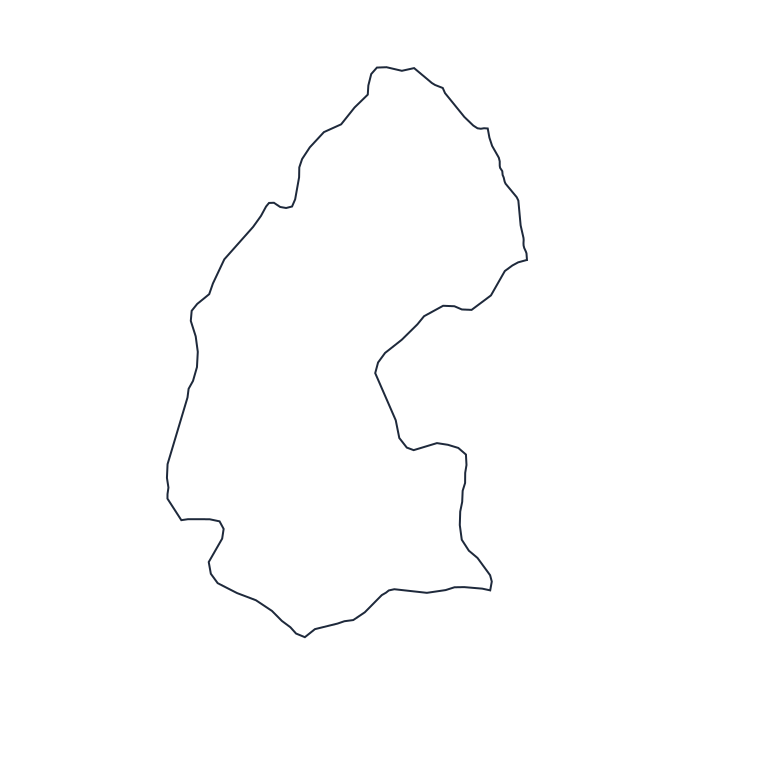 the border of Marrakech - Tensift - Al Haouz, rotated 132°
{"feature_id": "MAR-1456", "entity_name": "Marrakech - Tensift - Al Haouz", "entity_type": "Region", "adm_level": 1, "iso_a3": "MAR", "parent_name": "Morocco", "parent_adm1": "", "projection": "mercator", "projection_center": [-8.579, 31.832], "detail": "fine", "context": "isolated", "style": "outline", "palette": "slate", "viewbox_px": 768, "rotation_deg": 132, "n_neighbors": 0, "source": "natural_earth", "source_scale": "10m", "svg_char_len": 1846}
<svg xmlns="http://www.w3.org/2000/svg" viewBox="0 0 768 768"><g transform="rotate(132 384 384)"><path d="M129.1,573.0L128.3,549.9L127.6,546.1L124.7,538.4L127.0,533.3L131.8,502.9L132.2,490.6L131.4,485.6L129.5,482.8L127.0,480.8L124.7,477.9L130.4,470.5L134.7,463.0L139.0,450.1L141.1,447.0L144.5,443.9L145.7,442.3L146.7,438.5L149.3,435.7L150.4,433.3L152.9,429.7L153.8,427.7L156.4,410.3L157.8,406.9L174.7,388.6L182.1,378.1L183.5,376.6L186.1,374.5L187.7,372.9L189.1,370.8L190.7,367.1L191.6,365.5L196.2,360.7L196.8,361.2L203.8,365.7L210.0,367.9L219.2,369.8L246.6,363.8L270.3,368.5L276.5,376.0L279.1,383.7L286.3,392.4L306.8,399.6L317.3,399.1L339.2,400.4L360.2,404.0L372.0,402.8L381.8,397.8L403.1,351.0L413.9,336.5L416.0,324.5L413.3,317.7L392.5,305.1L386.4,295.8L381.8,286.0L381.6,275.9L389.0,268.5L395.7,264.2L403.3,257.5L410.7,254.1L419.3,247.0L427.8,242.0L438.1,233.3L447.7,222.0L451.1,209.4L450.7,198.1L455.1,177.2L458.7,171.7L466.3,167.0L470.3,174.0L481.2,188.4L487.9,195.6L495.9,200.3L510.5,212.4L529.6,239.0L534.2,242.3L537.8,242.9L542.4,244.4L566.5,245.5L580.0,248.9L586.8,254.7L593.1,258.2L612.4,271.3L625.1,273.4L628.3,282.4L627.4,290.8L628.4,301.4L627.6,315.4L630.4,334.5L637.7,353.3L643.3,374.3L640.9,385.7L633.6,395.1L607.2,400.8L599.0,406.2L596.1,414.3L601.2,423.1L615.5,439.1L620.8,443.5L614.1,468.2L610.7,471.2L605.2,474.9L599.0,482.5L588.4,491.2L525.5,521.0L518.3,526.0L509.5,528.0L496.6,534.3L484.7,543.9L474.6,555.8L466.4,569.8L458.3,575.9L449.5,576.4L434.2,574.0L423.8,578.4L398.2,586.1L354.8,586.4L341.4,587.9L331.0,590.4L326.4,590.6L323.0,587.1L321.9,579.6L318.7,574.5L313.6,571.1L306.2,573.6L287.2,585.4L279.7,591.9L271.6,595.4L257.8,597.5L237.0,597.2L219.7,589.6L198.2,590.9L179.8,589.7L172.6,595.4L162.2,600.9L153.6,601.0L146.9,594.1L139.3,580.3L129.1,573.0L129.1,573.0Z" fill="none" stroke="#1e293b" stroke-width="2"/></g></svg>